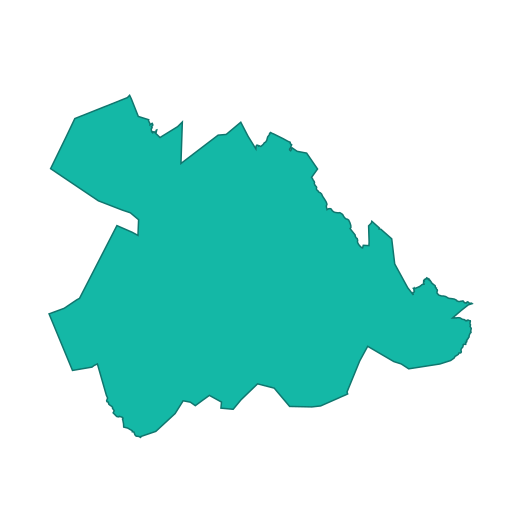 the district of San Nicolás Tolentino, San Luis Potosí, Mexico, rotated 265°
{"feature_id": "50627088B31114967632852", "entity_name": "San Nicolás Tolentino", "entity_type": "district", "adm_level": 2, "iso_a3": "MEX", "parent_name": "Mexico", "parent_adm1": "San Luis Potosí", "projection": "albers", "projection_center": [-100.453, 22.148], "detail": "fine", "context": "isolated", "style": "filled", "palette": "teal", "viewbox_px": 512, "rotation_deg": 265, "n_neighbors": 0, "source": "geoboundaries", "source_scale": "gbopen_adm2", "svg_char_len": 5931}
<svg xmlns="http://www.w3.org/2000/svg" viewBox="0 0 512 512"><g transform="rotate(265 256 256)"><path d="M189.7,467.2L190.0,466.9L190.2,466.6L190.3,466.4L190.3,465.9L190.2,465.5L190.2,465.3L190.3,464.8L190.4,464.6L191.0,463.8L191.1,463.7L191.3,463.6L191.6,463.4L191.7,463.2L191.9,462.8L191.9,462.5L191.8,462.3L191.6,462.1L191.4,461.9L191.2,461.6L190.8,461.4L190.8,461.1L191.0,460.8L191.0,460.6L191.2,460.2L191.2,459.9L191.4,459.5L191.6,459.4L193.0,458.6L193.2,457.9L193.2,457.6L193.0,457.1L193.1,456.7L193.1,456.2L192.9,454.8L193.0,454.0L193.2,453.4L193.5,452.9L193.6,452.4L194.5,451.9L195.8,449.8L196.4,447.6L197.1,444.2L199.1,441.4L199.8,439.3L200.0,437.3L200.8,435.5L201.0,434.8L201.6,434.3L202.1,433.9L202.6,433.7L202.9,433.3L203.2,433.2L204.0,433.1L204.5,433.1L204.8,433.2L205.1,433.4L205.7,433.7L206.1,433.6L206.6,433.6L206.8,433.2L207.6,432.8L207.9,432.7L208.3,432.9L208.8,432.2L209.0,432.0L209.4,431.9L210.2,432.0L210.6,431.9L211.0,431.7L211.4,431.2L211.6,431.0L211.9,430.6L212.1,430.4L212.2,430.1L212.4,430.0L212.8,429.8L213.0,429.6L213.2,429.4L213.5,429.0L213.7,428.9L213.9,428.5L214.5,428.4L215.2,428.1L215.6,427.8L215.7,427.6L216.0,427.5L216.3,427.5L216.5,427.4L216.4,427.0L217.4,426.0L217.5,425.6L218.0,425.4L217.8,426.4L218.1,426.3L218.1,426.0L218.1,425.8L218.6,425.4L218.8,424.6L219.1,424.6L219.4,424.2L218.8,423.7L218.7,423.4L218.4,423.4L218.1,423.1L218.1,422.2L218.0,421.8L217.4,421.4L217.2,421.2L216.5,421.6L216.3,421.5L216.5,420.9L216.4,420.9L215.2,420.6L214.1,420.8L213.6,420.9L213.2,420.9L213.2,420.3L213.3,420.2L213.2,419.6L213.3,419.5L212.7,418.4L212.4,418.1L212.2,417.9L212.0,417.5L212.0,417.3L211.8,417.2L211.5,416.5L211.2,416.3L211.1,415.7L211.1,415.4L210.8,414.8L210.5,413.7L210.2,412.9L210.0,411.8L210.0,411.6L209.8,411.4L210.1,411.0L210.5,410.8L209.9,410.3L209.9,410.2L209.7,410.4L209.4,410.4L208.9,410.4L208.6,410.3L208.2,410.3L207.9,410.5L207.5,410.7L206.8,410.7L206.3,410.3L206.2,409.6L206.1,409.4L205.8,409.1L205.6,409.0L205.0,409.0L204.5,409.2L203.5,409.3L211.1,404.4L236.0,393.5L261.3,392.7L272.0,382.5L271.8,382.6L272.3,380.9L273.2,381.3L280.5,374.4L278.7,373.7L276.2,370.8L260.1,369.9L256.5,369.4L257.3,363.8L254.8,362.9L255.0,362.2L256.4,360.7L257.4,360.1L258.1,359.5L259.9,358.6L261.2,358.3L261.9,358.4L262.4,358.6L263.0,358.6L264.6,358.3L264.8,358.0L265.4,357.3L267.1,356.6L268.3,356.6L275.1,352.1L276.1,353.0L278.1,353.1L280.9,352.5L283.6,351.5L284.6,350.4L285.0,349.1L286.4,347.6L288.2,346.6L289.5,346.1L290.4,345.3L291.8,343.4L291.9,342.8L291.8,341.6L292.6,338.4L293.1,337.4L294.2,336.2L294.7,335.7L295.6,335.4L296.5,334.7L296.8,333.7L296.7,332.3L296.0,330.8L296.8,330.8L297.8,330.5L299.6,330.4L301.4,331.2L303.5,330.7L305.5,329.8L309.6,327.6L312.1,326.7L313.4,325.5L314.1,324.3L314.6,323.8L315.3,323.6L316.2,322.6L317.4,322.0L318.0,322.1L318.6,322.2L319.1,322.4L319.4,322.3L320.0,322.0L321.3,320.9L322.0,320.8L322.4,320.6L323.0,320.4L323.5,320.4L324.2,320.7L324.6,320.6L325.3,320.4L325.9,320.0L327.4,319.2L328.0,319.1L328.4,318.9L329.5,318.2L337.3,324.9L354.1,315.4L356.7,306.1L360.6,301.4L359.9,300.9L358.0,299.9L357.8,299.6L358.8,298.7L359.0,298.7L359.7,298.8L360.1,299.2L360.3,299.4L360.4,299.5L360.7,299.8L361.5,300.1L361.8,300.2L363.4,301.1L363.8,301.2L364.1,300.6L364.5,300.5L364.9,300.0L365.2,299.9L365.7,300.0L366.4,299.9L367.4,297.9L370.5,293.3L376.0,284.3L376.9,282.5L377.8,281.3L376.9,280.2L376.3,280.4L374.6,278.9L373.6,278.0L371.5,277.2L370.3,276.8L369.7,276.3L368.5,275.4L368.2,274.3L366.6,273.0L365.2,271.1L364.7,270.4L365.5,268.8L365.2,268.2L366.2,267.5L366.3,266.3L365.8,265.9L365.0,265.6L364.1,265.4L362.7,265.2L376.0,258.5L390.6,252.5L379.7,236.9L379.7,228.8L354.7,189.3L395.9,194.3L391.7,189.2L382.4,170.7L387.0,166.7L387.0,167.0L390.2,168.1L390.1,167.7L389.1,167.2L388.3,166.9L387.7,166.2L388.7,165.3L388.6,164.7L387.7,163.9L388.2,163.5L388.4,163.2L389.1,163.4L389.5,162.8L391.7,162.7L392.5,163.3L392.8,163.7L393.0,163.6L393.9,163.1L394.9,164.4L395.6,164.6L396.1,164.6L397.2,164.1L395.9,161.8L397.1,161.9L397.6,161.7L400.1,160.7L401.1,161.0L405.3,150.9L423.4,145.5L427.1,144.1L425.0,141.7L408.7,87.5L391.2,77.2L360.9,59.0L324.7,103.8L313.4,126.8L310.0,134.6L302.4,142.2L286.8,140.2L290.5,134.6L298.4,120.1L229.2,76.5L228.0,73.7L220.6,60.3L216.4,44.8L158.0,63.2L159.6,82.9L161.0,85.1L162.3,88.6L130.3,94.8L127.5,95.8L124.9,94.6L123.9,94.8L123.3,96.0L121.1,96.5L119.6,98.1L118.9,99.1L117.7,99.9L116.7,99.8L114.2,101.3L112.2,100.0L108.3,103.2L107.8,104.6L107.7,105.4L108.2,105.8L107.2,108.3L106.9,108.8L106.6,108.9L106.1,109.4L105.3,109.1L105.1,108.8L104.5,109.0L100.4,109.4L97.1,109.3L95.8,113.1L92.7,117.5L91.7,117.4L91.3,119.0L90.0,119.4L88.4,119.8L87.0,120.9L86.8,121.7L86.6,123.1L86.1,124.1L85.5,124.9L84.9,125.5L86.1,125.1L90.0,140.9L106.1,161.7L118.1,170.8L116.1,177.9L112.2,182.5L117.1,190.5L121.2,197.4L113.5,208.9L107.5,207.8L105.3,219.9L114.0,228.5L128.5,246.4L122.8,262.6L103.2,276.4L100.8,298.5L101.0,307.3L107.4,326.1L108.1,328.0L109.7,332.9L110.6,335.3L112.6,334.8L142.5,350.2L156.3,359.4L138.8,384.1L135.8,391.3L130.3,398.3L132.4,429.8L134.9,440.8L137.0,444.4L138.7,445.6L139.3,447.0L139.6,447.5L140.4,449.0L141.7,449.7L141.6,451.1L141.9,451.8L142.6,452.2L143.5,452.1L143.8,452.0L144.8,452.1L145.4,452.3L146.3,453.0L147.2,454.0L148.5,454.5L149.5,454.6L150.0,455.4L149.8,456.1L149.7,457.2L150.3,457.4L151.8,457.2L151.9,458.2L152.3,458.5L153.2,458.5L153.7,458.4L154.1,459.2L154.7,459.4L155.2,460.1L156.0,460.4L156.7,461.2L158.2,461.4L160.1,462.4L160.7,462.9L161.0,463.5L161.6,463.6L162.2,463.2L163.6,463.7L165.2,464.1L167.2,463.1L167.8,463.4L168.8,463.7L169.6,463.4L169.8,463.2L170.9,463.4L171.9,463.8L172.8,463.8L172.9,463.1L173.4,462.2L173.7,461.8L173.7,461.0L173.0,460.4L173.4,459.7L173.3,459.1L174.4,458.2L175.0,456.0L176.5,454.0L176.8,453.0L176.9,452.1L177.0,450.7L176.7,450.0L177.0,449.5L176.9,448.6L177.2,448.4L177.3,447.6L177.0,447.2L177.1,446.3L183.8,455.6L188.8,463.2L189.7,467.2Z" fill="#14b8a6" stroke="#0f766e" stroke-width="1.5"/></g></svg>